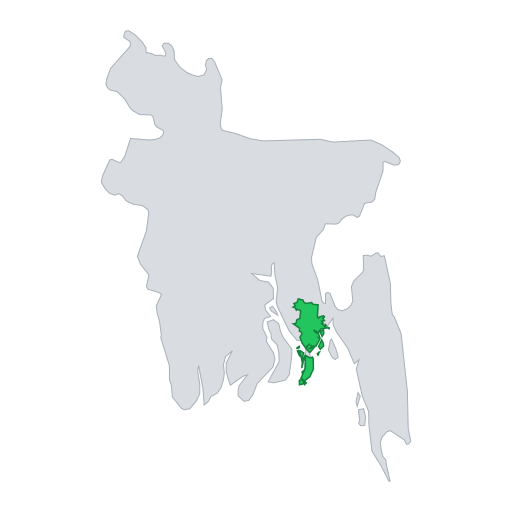 Noakhali, Chittagong, Bangladesh shown in context
{"feature_id": "16705992B96773862439533", "entity_name": "Noakhali", "entity_type": "district", "adm_level": 2, "iso_a3": "BGD", "parent_name": "Bangladesh", "parent_adm1": "Chittagong", "projection": "robinson", "projection_center": [91.099, 22.578], "detail": "medium", "context": "in_parent", "style": "filled", "palette": "green", "viewbox_px": 512, "rotation_deg": 0, "n_neighbors": 0, "source": "geoboundaries", "source_scale": "gbopen_adm2", "svg_char_len": 5562}
<svg xmlns="http://www.w3.org/2000/svg" viewBox="0 0 512 512"><path d="M169.5,379.7L169.4,365.6L160.8,337.8L161.3,334.7L159.5,321.3L157.3,313.8L156.2,305.9L161.5,294.5L159.4,292.7L147.8,289.2L146.4,286.3L149.0,275.0L140.6,264.4L137.4,256.5L146.4,230.9L148.7,213.1L148.0,209.7L142.6,205.7L133.0,204.1L126.2,200.8L122.2,195.8L118.8,193.7L114.7,195.2L109.4,193.3L104.9,188.3L101.2,182.2L102.7,175.6L109.8,159.9L112.4,159.4L118.5,162.4L120.7,162.4L124.8,156.2L130.5,138.5L149.9,140.0L154.6,139.5L159.5,138.1L162.2,135.8L163.6,133.0L163.2,130.5L157.2,127.2L154.9,124.7L153.3,117.6L151.5,115.0L139.8,114.6L133.7,111.3L130.4,108.4L124.5,98.8L117.1,91.6L110.1,90.0L107.4,87.6L105.9,84.0L106.8,78.7L110.5,68.5L130.0,46.5L130.5,44.0L129.7,41.2L124.1,37.7L123.7,35.9L125.3,31.3L128.6,30.7L135.2,34.9L142.0,41.7L146.0,47.8L146.1,52.5L151.4,53.5L155.8,55.6L160.3,55.0L163.3,56.1L165.3,55.7L166.0,53.0L162.2,46.0L164.1,43.1L168.6,43.3L171.8,45.9L174.1,51.2L174.5,59.5L179.7,67.0L186.5,72.3L191.9,74.8L198.3,76.5L203.9,74.9L206.7,69.6L205.5,65.0L206.3,60.8L208.6,58.5L212.0,58.6L214.6,61.9L222.1,79.8L220.5,87.8L222.2,109.5L220.2,123.9L221.4,129.4L222.7,130.4L234.1,133.1L250.6,138.8L263.2,140.9L320.4,139.3L332.9,142.1L371.0,140.0L381.4,144.6L392.8,152.0L399.1,157.6L400.3,160.7L399.6,163.4L397.5,164.9L393.6,165.0L384.6,161.4L383.1,162.4L383.0,171.0L375.7,192.6L374.7,199.3L372.1,202.0L364.6,203.3L359.6,215.9L357.5,217.5L352.6,214.7L349.5,215.2L345.6,216.3L341.8,219.2L339.1,222.8L336.1,224.1L325.4,223.8L323.3,229.7L316.3,237.3L311.5,257.6L311.9,263.8L317.8,280.0L321.9,300.9L323.5,303.1L325.5,303.3L325.6,293.6L327.6,292.4L330.1,293.5L335.1,306.4L338.0,309.7L342.4,310.7L347.5,308.7L351.2,304.9L352.8,300.8L351.4,286.7L353.8,280.9L362.5,272.4L363.7,269.7L363.2,255.6L366.5,255.1L370.9,256.2L376.4,252.9L378.1,252.8L380.5,256.4L384.4,255.8L390.4,283.8L390.9,303.6L392.3,314.6L394.4,317.1L401.1,333.6L407.4,391.7L408.2,428.5L410.8,441.1L408.6,443.9L406.5,444.4L404.5,440.0L390.4,430.7L387.0,431.6L382.2,437.1L380.3,442.1L381.1,449.2L382.7,456.2L386.0,460.2L386.3,464.6L390.1,481.2L389.0,481.3L381.3,466.2L372.0,451.3L368.9,424.7L368.7,411.6L362.3,396.1L356.3,369.2L358.9,359.7L354.4,363.8L347.4,347.7L336.4,331.9L333.2,324.9L333.0,318.1L328.3,324.9L321.8,329.7L315.3,337.0L310.9,339.2L297.1,340.5L289.1,330.8L277.6,307.1L276.1,301.7L277.6,287.8L274.9,274.6L274.1,263.0L272.1,264.0L271.3,267.2L271.7,272.1L270.9,276.2L251.6,273.5L259.9,280.5L268.7,282.1L273.2,288.3L273.5,298.6L264.8,304.9L265.6,310.1L270.6,316.5L264.5,318.3L262.9,322.5L262.7,328.4L267.0,337.5L266.2,341.1L273.5,353.0L274.9,358.8L273.1,366.9L257.3,383.3L252.8,394.8L248.9,400.3L244.0,401.3L238.1,395.8L238.1,390.1L239.3,385.6L247.5,374.8L243.0,376.3L230.3,385.2L227.9,378.0L226.2,371.2L226.3,363.0L232.4,350.7L225.5,356.8L223.5,364.5L224.3,373.5L223.4,379.9L220.7,388.3L217.0,393.3L211.0,396.5L208.3,401.5L204.2,405.1L202.9,388.3L198.6,365.5L197.6,370.4L199.8,384.5L199.7,393.7L196.4,401.0L189.8,408.7L184.7,409.8L181.7,408.6L172.3,396.9L171.5,385.8L169.5,379.7ZM285.7,380.0L274.0,382.8L268.1,381.9L279.2,361.5L278.8,352.3L277.1,344.9L271.5,338.9L271.2,334.6L268.6,328.8L267.3,321.9L273.6,319.7L278.7,323.6L280.5,331.4L283.0,337.2L291.9,349.2L291.7,356.6L289.3,374.5L285.7,380.0ZM310.9,373.4L303.7,378.8L306.1,346.5L311.4,358.5L312.7,365.0L310.9,373.4ZM338.2,357.2L335.1,359.5L332.2,357.5L328.4,349.9L330.3,340.3L331.4,339.0L335.9,348.8L338.2,357.2ZM364.7,425.4L360.7,425.7L358.7,423.4L359.6,420.2L358.5,409.7L363.7,408.7L365.6,417.4L364.7,425.4ZM360.2,396.1L357.2,406.5L356.0,401.8L358.0,392.7L360.2,396.1ZM276.6,312.0L277.8,315.3L271.3,311.0L269.6,307.9L272.5,306.3L276.6,312.0Z" fill="#d9dde1" stroke="#a8b0b8" stroke-width="1"/><path d="M298.2,298.9L297.1,302.4L293.9,303.5L295.3,305.8L293.1,307.1L295.4,308.0L296.3,310.1L297.0,309.2L300.7,310.8L299.8,318.5L296.9,319.8L295.8,323.6L293.3,323.8L299.5,328.2L299.4,331.3L301.4,332.0L301.9,333.9L300.0,337.2L301.9,342.7L306.0,348.6L306.8,346.3L309.9,343.6L307.0,346.4L306.3,349.1L310.0,352.5L314.3,347.3L312.2,346.5L311.5,348.0L308.3,349.0L311.0,348.0L310.9,344.9L311.6,346.4L316.1,346.0L320.1,338.8L318.5,337.5L319.8,337.5L318.5,333.7L315.0,332.1L313.7,329.9L318.1,332.7L320.8,328.9L326.6,328.0L321.7,323.7L323.1,323.1L321.6,321.2L324.4,320.6L322.8,318.3L324.5,317.0L323.6,315.8L319.3,316.9L318.6,318.3L317.4,317.3L318.1,304.8L313.2,304.4L311.5,302.5L306.1,303.5L303.6,302.0L303.1,300.1L298.2,298.9ZM310.2,357.9L305.4,355.3L305.3,368.1L301.0,378.2L304.6,380.8L309.9,376.7L313.4,368.9L313.2,358.5L312.5,357.1L310.2,357.9ZM323.6,346.0L323.3,343.4L321.7,340.0L318.6,346.5L320.3,349.3L323.6,346.0ZM301.6,358.9L303.8,353.0L300.6,350.9L299.9,353.4L301.6,358.9ZM303.9,381.3L300.8,379.2L299.3,380.7L299.5,384.8L302.9,384.0L303.9,381.3ZM323.5,330.0L320.1,331.6L322.1,336.4L323.8,333.6L323.5,330.0ZM301.8,368.1L303.2,362.0L302.0,361.1L302.3,362.4L301.8,368.1ZM303.2,360.7L304.4,359.8L303.5,357.9L302.0,359.6L303.2,360.7ZM306.3,382.8L305.5,382.0L304.0,382.7L304.0,383.2L304.7,384.6L306.3,382.8ZM296.3,348.5L299.2,347.8L299.5,347.0L299.1,346.3L296.3,348.5ZM298.6,353.7L299.2,350.8L298.2,350.3L297.4,350.8L298.6,353.7ZM323.9,325.5L325.3,326.4L326.1,325.8L325.5,324.5L323.9,325.5ZM318.0,355.1L318.7,354.0L318.0,353.1L317.3,353.8L318.0,355.1ZM302.0,372.1L302.4,373.2L302.8,371.4L302.0,372.1ZM303.7,357.8L304.5,358.3L304.2,356.9L303.7,357.8ZM328.1,327.4L328.4,328.3L329.1,328.7L329.3,328.0L328.1,327.4ZM300.1,356.5L299.5,354.5L298.9,354.2L299.3,355.0L300.1,356.5ZM319.0,352.5L319.4,352.1L319.0,352.1L319.0,352.5Z" fill="#22c55e" stroke="#15803d" stroke-width="1.5"/></svg>